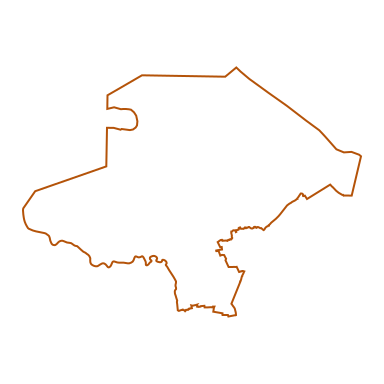 Het Hogeland, Groningen, Netherlands (orthographic projection)
{"feature_id": "6326949B63985747686653", "entity_name": "Het Hogeland", "entity_type": "district", "adm_level": 2, "iso_a3": "NLD", "parent_name": "Netherlands", "parent_adm1": "Groningen", "projection": "orthographic", "projection_center": [6.588, 53.413], "detail": "fine", "context": "isolated", "style": "outline", "palette": "amber", "viewbox_px": 384, "rotation_deg": 0, "n_neighbors": 0, "source": "geoboundaries", "source_scale": "gbopen_adm2", "svg_char_len": 5894}
<svg xmlns="http://www.w3.org/2000/svg" viewBox="0 0 384 384"><path d="M244.2,271.4L242.9,271.0L242.4,271.0L241.9,271.1L241.7,271.3L241.5,271.2L240.9,271.3L239.7,271.9L239.1,272.0L236.7,266.9L236.5,267.0L233.2,266.9L232.8,267.0L228.6,267.0L225.5,260.3L225.8,259.5L226.1,258.8L224.9,256.6L224.2,255.1L222.0,254.9L220.3,255.6L218.6,250.9L216.8,251.1L216.7,251.1L216.7,250.9L216.2,250.8L216.2,250.5L217.6,250.2L218.3,250.1L219.9,249.8L222.0,249.5L221.7,247.0L220.2,247.2L217.7,242.1L220.5,240.1L221.0,240.0L221.6,240.0L222.0,239.8L222.3,240.0L222.1,240.5L222.3,240.8L226.4,240.5L226.9,240.8L227.5,240.9L227.7,240.7L227.7,240.4L227.8,240.2L228.2,239.9L228.8,239.8L229.3,240.0L229.7,239.9L229.9,239.7L229.8,239.4L230.1,239.2L230.4,239.2L230.6,239.4L231.3,239.4L231.4,239.2L231.4,238.9L231.5,238.7L232.0,238.5L232.2,238.2L232.2,237.7L231.8,237.1L231.8,236.2L231.9,235.7L231.4,233.5L231.2,232.9L231.3,232.3L231.3,231.8L231.3,231.6L231.9,231.6L232.8,230.6L233.4,230.3L234.3,230.4L235.3,230.3L235.9,232.1L236.3,231.9L235.8,230.2L237.6,230.0L238.6,229.6L238.8,229.4L238.8,228.9L238.6,228.4L238.6,228.2L239.0,227.8L239.8,227.5L240.1,227.4L240.8,228.7L241.1,228.8L242.5,228.7L243.2,228.9L243.9,228.6L244.0,228.3L244.7,227.7L244.9,228.1L245.3,228.1L245.4,227.5L246.2,227.6L246.4,228.0L247.3,227.5L247.7,227.5L247.8,227.6L248.6,227.0L248.8,227.0L249.2,227.0L250.7,228.2L251.7,228.5L252.3,228.5L253.5,228.0L253.7,227.9L253.6,227.5L253.7,227.4L254.0,227.0L254.3,226.9L255.0,226.8L255.4,226.9L255.6,227.0L256.0,227.7L256.4,227.9L256.7,227.8L257.1,227.2L257.9,227.0L259.5,227.7L260.3,228.2L260.7,228.2L261.2,228.1L263.0,229.7L263.7,230.1L264.5,229.3L265.4,227.8L266.0,227.2L267.1,226.4L267.9,226.2L268.2,225.7L268.7,225.2L269.0,225.3L269.0,225.1L268.9,225.1L270.0,224.1L271.2,222.7L275.9,218.8L278.5,216.2L280.2,214.2L287.1,205.4L289.5,203.6L290.7,203.0L292.3,201.8L294.6,200.7L295.7,200.0L296.7,199.1L297.0,199.0L296.9,198.9L298.1,197.4L300.7,193.5L301.5,193.5L302.1,193.6L302.4,193.8L303.0,194.4L303.1,194.7L303.2,195.3L303.0,195.5L303.0,195.9L303.2,196.1L304.1,196.0L304.9,195.7L307.0,199.0L330.2,184.6L330.5,184.9L331.9,186.5L332.6,187.0L336.2,190.8L338.7,192.8L342.1,194.8L342.3,194.8L343.5,195.5L343.6,195.3L343.8,195.5L351.7,195.6L361.0,156.3L359.1,154.7L351.5,151.9L343.9,152.4L336.4,149.3L325.0,136.4L319.3,130.3L306.1,120.6L287.1,106.0L268.3,92.7L249.4,79.0L240.6,71.6L236.3,67.5L225.2,76.7L142.0,75.3L107.5,95.3L107.3,108.9L114.1,107.3L120.9,109.2L123.2,109.0L125.9,109.0L129.0,109.3L131.0,109.7L134.0,112.3L136.2,115.7L137.4,121.3L137.0,125.4L135.7,127.5L133.0,129.5L129.9,130.1L121.6,129.0L120.6,129.7L113.8,127.9L107.0,127.8L106.3,166.4L35.2,191.2L23.3,208.3L23.1,209.1L23.0,210.4L23.2,212.9L23.3,214.3L23.7,217.2L24.0,218.9L24.4,220.5L24.8,221.9L25.8,224.3L26.4,225.4L27.0,226.5L28.0,228.1L28.7,228.7L32.9,230.5L36.1,231.4L44.5,233.1L45.7,233.5L46.3,233.9L48.2,235.3L48.6,235.6L49.1,236.2L49.7,237.8L49.8,238.2L50.3,240.7L51.5,243.5L52.0,244.1L52.4,244.5L52.9,244.8L53.5,245.0L54.3,245.1L54.9,245.1L55.5,244.9L56.7,244.0L58.3,242.3L59.3,241.5L59.9,241.2L61.1,240.8L62.2,240.7L63.6,241.1L67.0,242.5L69.9,242.9L71.2,243.2L72.1,243.8L74.0,245.2L75.2,245.8L77.2,246.2L81.1,249.8L83.3,251.7L85.5,252.8L86.7,253.8L88.2,254.8L89.0,255.7L89.4,256.2L89.7,256.9L90.1,257.7L90.3,258.7L90.2,260.0L90.3,261.7L90.4,262.5L90.6,263.0L91.1,264.0L91.6,264.5L92.6,265.2L94.1,265.9L95.3,266.2L96.3,266.3L97.4,266.2L98.2,265.8L100.2,264.5L101.8,263.6L102.8,263.3L103.4,263.3L104.2,263.5L105.5,264.3L106.5,265.4L107.5,266.7L107.9,267.1L108.3,267.3L109.0,267.3L109.7,266.9L110.5,266.2L111.2,265.0L112.0,263.1L112.5,262.1L112.9,261.7L113.8,261.4L114.7,261.6L117.1,262.4L118.4,262.6L119.8,262.7L123.8,262.7L127.6,263.3L129.3,263.3L131.2,262.6L132.7,261.6L132.9,261.3L133.6,260.1L134.5,257.7L134.9,257.0L135.2,256.6L135.7,256.4L136.3,256.5L138.3,257.3L139.3,257.3L140.6,257.0L141.9,256.3L142.4,256.3L142.7,256.5L143.5,257.4L145.2,260.7L145.6,261.6L145.8,262.5L145.9,264.7L146.1,265.1L146.6,265.3L147.3,265.2L148.2,264.6L148.6,264.2L149.9,262.5L150.3,262.2L151.1,261.7L151.4,261.3L151.5,260.9L151.4,260.6L150.3,259.5L150.0,259.1L149.9,258.5L149.9,258.1L150.0,257.5L150.5,257.0L151.1,256.6L152.7,256.0L153.8,255.9L154.6,256.0L155.5,256.4L156.3,256.9L156.8,257.5L157.0,258.0L157.1,258.5L156.9,259.1L156.3,260.2L156.3,260.4L156.3,260.8L156.6,261.2L157.8,261.8L159.6,262.2L160.5,262.2L161.2,262.0L161.6,261.7L161.9,261.3L162.3,260.0L162.7,259.8L163.8,259.9L165.3,260.7L166.2,261.7L166.4,262.1L166.6,262.8L166.6,263.4L165.8,264.8L165.9,265.2L167.2,266.8L169.1,270.1L173.4,276.7L174.9,279.3L176.0,281.4L176.0,281.7L176.0,282.3L175.9,283.3L175.6,284.3L175.5,285.8L175.6,286.4L176.0,287.5L176.1,288.9L176.0,289.2L175.2,290.1L175.0,290.5L174.9,290.9L174.8,291.5L174.9,293.1L175.0,293.8L175.7,295.8L176.3,297.9L177.1,300.4L177.2,300.7L176.9,301.8L176.9,302.1L177.2,304.2L177.8,310.3L178.9,310.9L179.6,310.6L182.7,309.6L182.8,309.9L182.8,310.0L184.2,310.2L185.1,311.2L185.6,310.7L185.8,310.0L186.1,309.8L187.0,309.9L187.4,309.7L187.5,309.8L187.8,309.8L187.8,309.6L188.3,309.2L188.5,309.5L189.6,308.8L189.6,308.5L190.3,308.4L190.3,308.5L191.9,308.2L191.5,306.5L191.6,306.3L191.3,305.4L192.7,305.7L194.9,305.2L195.2,305.2L196.9,304.7L196.6,305.1L196.9,305.7L197.3,305.7L197.6,305.9L197.7,306.2L197.4,306.7L197.9,306.8L198.6,306.9L200.5,306.6L200.6,306.2L201.2,306.1L204.4,305.8L204.6,307.4L207.4,307.4L210.9,307.2L212.4,307.2L212.4,307.3L213.1,307.3L213.1,306.6L214.4,306.6L213.9,307.8L213.3,311.7L222.5,313.3L222.5,313.8L222.4,314.6L222.5,315.0L227.9,315.0L228.4,316.5L235.7,315.1L235.8,315.2L236.0,315.1L235.9,313.7L235.7,312.2L235.4,311.1L234.8,308.7L234.2,307.6L232.4,305.2L232.1,304.6L231.4,303.8L240.2,282.0L240.3,281.7L240.1,281.7L240.2,281.3L240.5,281.3L241.1,279.6L241.4,278.3L241.8,276.7L242.1,276.3L242.0,276.2L242.6,274.9L243.2,273.8L244.0,271.9L244.0,271.7L244.2,271.4Z" fill="none" stroke="#b45309" stroke-width="2"/></svg>